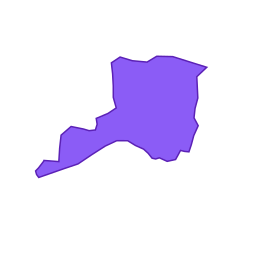 an SVG outline of Beyləqan, rotated 227°
{"feature_id": "AZE-1697", "entity_name": "Beyləqan", "entity_type": "District", "adm_level": 1, "iso_a3": "AZE", "parent_name": "Azerbaijan", "parent_adm1": "", "projection": "mercator", "projection_center": [47.672, 39.865], "detail": "fine", "context": "isolated", "style": "filled", "palette": "violet", "viewbox_px": 256, "rotation_deg": 227, "n_neighbors": 0, "source": "natural_earth", "source_scale": "10m", "svg_char_len": 800}
<svg xmlns="http://www.w3.org/2000/svg" viewBox="0 0 256 256"><g transform="rotate(227 128 128)"><path d="M160.8,198.0L149.7,209.4L118.7,227.0L118.7,226.8L118.6,213.3L102.3,199.5L96.6,190.4L90.4,183.2L81.8,180.9L77.6,170.9L72.6,162.9L69.0,156.3L72.3,153.4L75.8,151.1L74.3,146.8L72.5,141.3L76.9,133.9L84.8,130.6L86.5,127.1L89.5,125.0L95.7,125.5L101.9,125.0L110.2,121.5L118.9,119.1L126.4,111.1L130.3,99.1L133.2,83.3L135.8,67.0L141.6,54.2L152.7,29.0L156.3,29.4L159.6,31.1L159.8,35.2L161.2,43.7L161.6,44.4L150.6,54.5L159.9,64.3L168.4,74.2L167.9,87.4L157.7,94.7L152.6,97.7L148.8,102.8L151.8,108.0L156.7,111.3L152.3,123.3L150.7,133.1L160.4,138.1L168.8,145.9L178.0,153.6L187.0,160.3L185.3,170.6L174.3,177.0L163.2,186.9L160.9,197.8L160.8,198.0Z" fill="#8b5cf6" stroke="#5b21b6" stroke-width="1.5"/></g></svg>